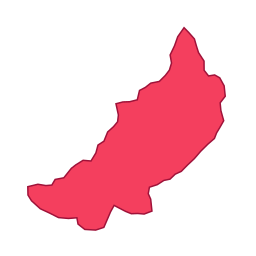 the district of Bom Jesus, Paraíba, Brazil, rotated 185°
{"feature_id": "56859067B58755230690339", "entity_name": "Bom Jesus", "entity_type": "district", "adm_level": 2, "iso_a3": "BRA", "parent_name": "Brazil", "parent_adm1": "Paraíba", "projection": "natural_earth1", "projection_center": [-38.629, -6.83], "detail": "fine", "context": "isolated", "style": "filled", "palette": "rose", "viewbox_px": 256, "rotation_deg": 185, "n_neighbors": 0, "source": "geoboundaries", "source_scale": "gbopen_adm2", "svg_char_len": 1080}
<svg xmlns="http://www.w3.org/2000/svg" viewBox="0 0 256 256"><g transform="rotate(185 128 128)"><path d="M33.9,168.1L35.9,178.4L41.0,186.0L46.3,188.4L52.3,186.9L57.2,192.1L58.1,201.3L64.3,209.2L67.0,215.7L69.6,222.5L75.8,228.4L80.9,232.8L86.4,223.3L88.8,214.0L92.4,204.4L90.3,196.5L91.8,189.3L95.4,183.6L100.9,177.1L109.2,174.7L114.2,170.0L119.8,166.4L121.2,156.9L128.7,154.3L135.4,153.5L142.1,151.1L138.7,140.1L138.9,133.3L142.5,128.1L147.9,122.3L150.8,112.8L156.4,108.4L157.8,100.4L162.0,91.9L169.9,91.9L176.7,86.8L180.9,82.9L187.6,72.8L196.1,70.4L198.9,64.5L204.8,63.5L212.9,64.1L222.7,60.8L221.8,52.5L217.8,47.1L208.3,39.9L198.9,36.5L189.4,32.7L179.4,32.7L171.1,34.1L169.4,27.9L162.2,23.2L151.3,23.5L143.4,26.9L140.1,36.8L138.1,42.9L135.1,49.7L128.9,47.1L123.1,44.7L117.2,42.9L110.9,43.7L104.4,43.7L96.9,47.3L99.2,59.1L102.1,64.3L101.5,70.9L93.9,74.1L87.7,78.9L81.7,80.7L77.0,86.1L71.1,89.5L65.5,96.3L59.3,103.2L53.6,111.1L47.0,118.9L41.0,125.1L39.3,130.9L36.6,136.4L33.3,143.6L37.0,153.5L38.4,161.1L33.9,168.1Z" fill="#f43f5e" stroke="#9f1239" stroke-width="1.5"/></g></svg>